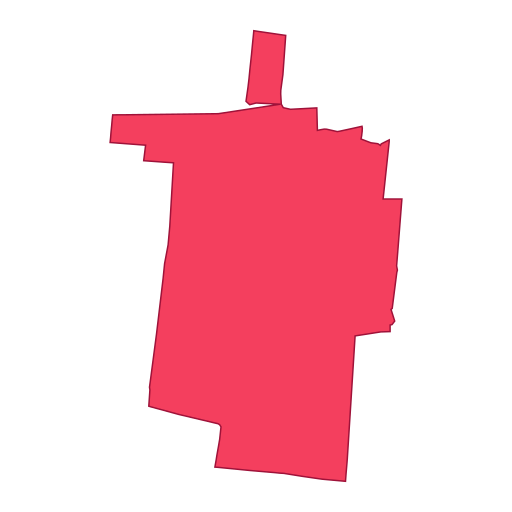 the district of Costache Negri, Galati, Romania, rotated 90°
{"feature_id": "2599482B13141455538439", "entity_name": "Costache Negri", "entity_type": "district", "adm_level": 2, "iso_a3": "ROU", "parent_name": "Romania", "parent_adm1": "Galati", "projection": "natural_earth1", "projection_center": [27.727, 45.705], "detail": "fine", "context": "isolated", "style": "filled", "palette": "rose", "viewbox_px": 512, "rotation_deg": 90, "n_neighbors": 0, "source": "geoboundaries", "source_scale": "gbopen_adm2", "svg_char_len": 1522}
<svg xmlns="http://www.w3.org/2000/svg" viewBox="0 0 512 512"><g transform="rotate(90 256 256)"><path d="M467.1,297.1L467.4,293.4L470.5,261.9L472.6,237.3L473.1,232.5L473.4,227.7L473.6,226.9L473.6,226.7L476.3,209.9L478.8,192.6L479.2,189.7L480.7,173.1L481.3,166.5L473.1,165.9L462.7,165.0L458.7,164.7L335.9,156.9L333.9,144.0L331.9,131.2L331.6,121.9L325.7,121.9L325.0,121.9L324.6,120.0L321.1,117.3L309.3,121.0L308.5,119.8L272.4,115.2L270.1,114.6L265.9,115.4L252.4,114.3L199.0,110.1L199.0,128.9L185.0,127.4L141.6,122.8L139.9,122.8L143.9,130.8L145.4,131.6L143.8,134.0L143.6,134.8L142.8,141.0L142.0,143.2L139.0,151.0L138.1,150.8L135.5,150.3L135.2,150.3L131.1,149.8L130.3,149.8L128.2,149.7L126.3,150.0L128.8,161.2L131.2,172.3L131.6,174.7L129.2,185.4L129.1,187.8L129.7,191.3L130.4,194.6L107.9,195.2L109.3,221.5L107.7,228.7L104.2,230.7L93.9,231.3L90.2,231.2L74.7,229.1L39.9,226.6L35.4,226.3L34.8,230.5L33.2,241.4L31.5,253.1L30.7,258.2L30.9,258.2L37.2,258.8L42.0,259.3L54.6,260.5L69.5,262.1L78.7,263.0L87.2,264.0L101.3,266.0L104.7,262.3L103.0,255.9L104.2,231.6L108.3,258.2L113.7,293.8L114.8,387.4L114.8,393.4L114.9,399.3L119.5,399.8L125.3,400.3L132.4,401.0L137.6,401.4L142.5,401.9L145.2,366.4L160.7,368.3L162.2,347.5L162.8,338.5L226.1,342.2L244.9,343.9L263.6,347.4L278.5,348.9L315.6,353.3L334.1,355.5L381.3,361.7L387.2,362.5L390.0,362.1L406.2,363.2L406.9,360.9L414.4,333.4L423.8,293.7L424.9,292.2L426.9,291.0L439.2,292.3L446.2,293.5L455.8,295.2L459.7,295.8L467.1,297.1Z" fill="#f43f5e" stroke="#9f1239" stroke-width="1.5"/></g></svg>